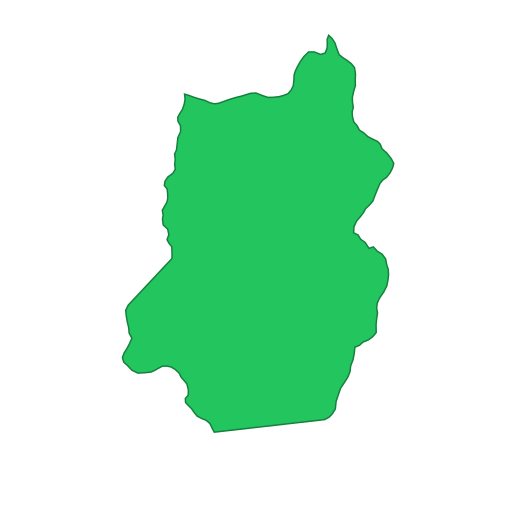 Patis, Minas Gerais, Brazil (orthographic projection), rotated 68°
{"feature_id": "56859067B88013883399000", "entity_name": "Patis", "entity_type": "district", "adm_level": 2, "iso_a3": "BRA", "parent_name": "Brazil", "parent_adm1": "Minas Gerais", "projection": "orthographic", "projection_center": [-44.124, -16.088], "detail": "fine", "context": "isolated", "style": "filled", "palette": "green", "viewbox_px": 512, "rotation_deg": 68, "n_neighbors": 0, "source": "geoboundaries", "source_scale": "gbopen_adm2", "svg_char_len": 2507}
<svg xmlns="http://www.w3.org/2000/svg" viewBox="0 0 512 512"><g transform="rotate(68 256 256)"><path d="M79.1,261.6L84.0,263.0L88.5,265.8L92.5,269.3L95.4,273.4L98.1,276.6L101.9,277.9L106.9,277.2L112.4,279.3L117.1,284.2L123.3,287.5L128.0,290.1L131.0,293.3L136.1,294.7L140.9,297.2L145.3,298.3L148.2,302.2L149.7,308.1L152.6,312.4L156.3,314.6L160.5,313.3L165.1,314.6L169.6,316.3L172.8,318.5L175.7,322.2L178.6,325.8L183.2,326.7L186.7,328.9L192.4,330.4L198.0,327.8L203.6,328.9L207.6,332.4L211.6,331.9L215.8,330.6L221.3,332.6L226.8,334.8L253.7,392.9L257.6,397.2L264.1,399.0L269.3,400.1L274.9,400.9L279.9,402.5L285.8,401.9L290.3,406.6L293.9,410.9L296.3,414.4L300.1,417.9L304.9,418.4L309.3,416.2L315.5,413.8L320.3,409.4L322.7,402.5L324.3,396.6L324.1,392.5L323.5,388.4L323.1,384.0L324.7,379.9L327.0,376.4L330.9,373.4L335.7,371.2L340.5,370.8L344.6,369.3L348.7,368.0L354.5,368.8L359.7,371.0L361.6,374.9L365.4,376.2L369.4,374.7L373.3,373.0L377.7,372.0L382.5,370.5L386.7,366.9L389.5,363.9L394.1,361.5L399.2,361.2L403.7,360.7L433.4,253.6L432.8,248.5L430.9,244.3L427.6,239.8L420.7,236.1L415.1,231.3L410.3,227.1L407.6,223.2L405.3,219.8L402.4,215.9L398.5,212.2L393.4,209.4L388.4,204.8L382.8,201.2L377.6,198.5L377.6,193.7L375.9,189.0L375.9,183.1L374.5,177.9L372.0,173.2L364.9,170.5L359.1,167.5L354.4,164.7L349.4,163.6L345.1,161.2L341.3,157.2L337.1,150.9L332.7,145.9L327.8,142.7L323.0,140.1L318.0,138.4L313.2,138.1L307.3,136.9L301.5,138.4L297.1,141.7L291.5,143.8L291.2,148.4L284.4,149.7L279.7,152.7L274.7,153.5L271.0,156.8L265.6,154.2L261.2,149.6L258.7,144.6L256.0,140.1L253.2,136.7L251.2,131.6L248.7,126.9L244.5,123.1L239.1,117.9L235.1,113.8L233.1,110.1L232.0,105.6L229.0,100.4L225.4,96.3L221.8,93.6L216.7,94.1L209.9,96.0L203.8,99.0L198.9,98.9L195.3,100.4L191.3,104.1L187.2,107.6L182.0,110.1L178.0,113.0L173.2,113.4L168.4,115.1L163.1,114.4L158.5,112.9L154.6,110.1L149.4,108.9L144.8,107.1L139.6,103.5L135.2,100.0L129.9,98.0L124.6,95.6L118.3,94.1L113.3,95.6L109.1,98.1L104.7,101.1L100.5,103.5L94.7,103.4L87.8,103.0L82.6,104.1L78.6,105.9L81.8,108.9L85.5,110.2L89.9,112.2L93.7,115.8L93.3,120.6L88.7,125.4L86.5,130.8L89.0,136.9L92.5,142.3L96.0,146.7L99.1,150.1L102.2,152.7L107.4,155.1L112.1,157.7L115.2,161.1L117.5,165.5L117.5,169.8L116.9,175.0L115.0,181.5L113.3,185.7L109.4,190.2L104.8,195.1L103.1,200.2L102.7,204.8L102.3,209.8L101.6,214.2L101.2,218.2L100.8,223.0L100.6,229.0L100.4,233.4L99.3,237.6L96.7,241.3L92.5,245.2L89.3,249.5L86.2,253.4L82.3,257.7L79.1,261.6Z" fill="#22c55e" stroke="#15803d" stroke-width="1.5"/></g></svg>